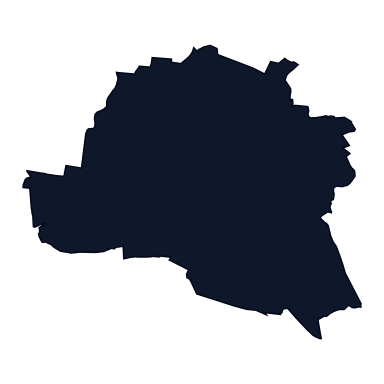 Bacia, Hunedoara, Romania (Equal Earth projection)
{"feature_id": "2599482B44278673032594", "entity_name": "Bacia", "entity_type": "district", "adm_level": 2, "iso_a3": "ROU", "parent_name": "Romania", "parent_adm1": "Hunedoara", "projection": "equal_earth", "projection_center": [23.024, 45.805], "detail": "fine", "context": "isolated", "style": "filled", "palette": "ink", "viewbox_px": 384, "rotation_deg": 0, "n_neighbors": 0, "source": "geoboundaries", "source_scale": "gbopen_adm2", "svg_char_len": 4377}
<svg xmlns="http://www.w3.org/2000/svg" viewBox="0 0 384 384"><path d="M321.2,338.6L318.0,320.4L318.4,319.4L324.5,316.0L326.3,316.5L329.5,313.9L330.4,313.1L331.7,312.6L333.8,311.4L338.2,309.7L340.1,309.5L344.4,309.4L348.1,305.6L349.8,305.8L351.9,307.4L354.3,307.8L357.4,307.2L358.8,306.9L360.9,307.1L360.8,305.1L361.0,303.6L347.3,277.1L345.3,273.4L342.8,264.8L340.2,257.2L336.3,246.4L335.5,245.4L332.6,240.9L332.4,240.3L331.8,238.7L331.5,237.9L331.0,236.7L330.5,235.5L330.2,234.0L329.7,232.1L329.2,230.0L328.9,228.6L328.4,226.6L328.4,226.0L326.6,223.6L325.2,222.7L324.1,221.9L323.6,221.7L323.2,220.8L321.6,219.7L321.3,219.1L319.9,216.9L321.1,216.4L321.7,215.8L323.0,214.9L325.7,213.1L326.6,212.5L327.9,211.8L331.4,212.8L331.4,211.5L330.9,210.7L330.3,208.5L330.0,207.6L330.2,205.2L330.8,204.5L331.2,203.7L330.8,202.2L330.7,200.9L331.8,200.0L333.3,199.6L333.7,196.9L334.1,194.5L334.2,194.2L333.9,193.5L333.7,192.1L333.4,191.1L333.5,188.8L333.4,188.3L334.3,187.5L335.3,186.7L336.1,186.3L337.4,186.2L338.8,186.2L340.3,186.6L343.1,186.5L344.5,185.9L347.0,185.4L348.5,184.5L350.3,182.8L353.3,178.7L355.0,176.1L354.7,171.6L354.3,170.4L353.3,169.5L352.9,168.9L352.0,168.4L351.5,167.6L350.8,166.6L350.0,165.4L346.1,156.5L350.0,153.6L342.9,148.0L349.3,145.5L342.0,134.8L348.9,131.9L354.2,131.2L355.3,129.2L353.9,127.0L353.0,125.5L351.9,123.7L350.9,122.2L351.4,121.8L349.7,120.5L344.4,117.4L335.8,118.0L334.9,117.9L334.1,116.6L331.4,116.1L330.0,116.3L329.5,116.2L329.1,116.2L327.9,117.8L326.7,115.8L323.7,116.2L323.4,116.5L315.9,117.7L309.9,117.9L309.4,117.2L308.7,116.3L308.3,115.7L308.0,114.3L308.1,113.4L308.3,111.9L308.7,110.9L308.4,109.0L307.8,106.6L295.0,105.4L291.8,106.0L292.5,105.0L292.8,104.2L292.9,103.4L292.8,102.5L292.7,101.2L292.6,100.0L292.5,99.5L289.8,99.4L289.9,98.6L290.1,97.6L290.0,96.4L290.1,94.7L290.4,93.6L290.6,92.7L290.7,91.6L290.7,90.5L290.6,89.0L289.8,87.3L288.7,85.9L287.4,83.8L285.9,81.5L285.0,80.3L286.1,76.7L286.2,76.3L287.0,74.9L287.9,73.7L291.1,70.9L292.5,69.9L294.4,68.2L295.3,67.2L296.8,65.9L298.1,64.7L293.9,62.0L291.2,62.4L287.4,60.4L284.7,58.4L278.7,63.4L270.7,61.6L264.6,74.2L264.3,74.0L263.6,73.5L253.0,68.1L217.6,54.6L217.0,48.6L210.1,45.4L204.0,46.9L201.9,47.9L200.4,48.9L199.2,49.2L198.8,49.6L197.2,51.4L196.1,50.1L195.3,49.3L194.9,49.0L194.5,48.5L193.7,47.7L192.7,51.3L191.9,52.8L190.2,55.3L188.7,57.0L183.3,61.6L180.9,63.7L180.7,63.6L171.5,62.3L171.4,59.1L171.2,59.1L152.2,57.6L151.3,63.9L150.0,67.1L139.3,66.2L138.3,68.2L136.8,70.1L135.5,71.9L134.6,74.1L116.9,72.5L116.5,72.4L116.9,74.5L117.7,76.6L118.0,78.3L117.8,80.2L117.0,82.6L116.6,84.9L116.5,85.0L115.3,87.3L115.4,87.5L114.5,89.0L113.3,90.1L107.7,98.2L106.7,101.7L106.7,101.9L106.7,103.2L106.8,105.7L106.7,106.5L106.1,107.1L103.5,109.4L100.1,111.0L97.8,111.9L97.3,112.1L97.2,112.2L95.3,114.2L95.2,114.3L94.6,117.5L94.5,118.7L94.8,121.0L95.1,122.9L95.0,124.7L95.0,125.3L94.6,127.3L93.1,128.5L88.6,128.9L87.4,129.8L85.8,133.7L81.5,168.1L66.0,165.6L65.4,168.6L64.0,176.2L63.8,176.4L63.5,176.3L56.1,175.7L51.3,174.9L46.6,174.3L45.4,173.7L42.6,173.2L42.6,173.4L27.0,170.7L27.0,171.4L31.0,176.8L28.6,177.7L26.7,178.2L25.3,179.5L23.2,185.1L23.0,187.5L29.8,188.2L31.4,208.6L31.6,208.6L31.7,209.2L32.0,212.5L33.3,218.6L33.2,219.0L33.0,218.9L33.4,226.6L34.3,227.1L35.6,226.9L38.5,225.4L40.3,224.4L44.5,223.6L43.3,225.4L41.8,225.7L39.1,227.8L39.6,229.7L39.7,230.2L39.5,232.9L38.6,233.6L39.3,236.8L40.9,240.1L42.3,242.4L45.9,241.9L46.4,242.4L51.1,244.6L54.4,247.5L60.7,251.3L61.0,251.3L69.4,252.6L69.9,253.0L71.0,253.0L76.7,252.5L78.9,252.1L85.2,252.2L88.6,252.3L92.9,252.4L96.1,252.4L99.3,252.1L99.3,251.8L102.0,251.7L103.1,251.6L104.4,251.2L107.1,250.0L109.4,249.4L109.9,248.4L112.6,248.5L114.4,248.8L115.5,247.6L116.6,247.1L119.3,246.9L121.3,246.4L123.2,246.7L123.8,258.8L130.7,257.2L133.3,257.0L136.0,256.7L137.1,257.0L147.5,257.0L148.7,256.9L148.8,256.6L151.4,256.7L151.6,256.7L151.7,256.3L159.6,256.9L159.7,256.0L171.0,257.2L170.3,258.3L169.3,260.0L182.6,266.7L186.2,268.6L188.7,269.5L186.6,274.2L187.0,277.7L189.7,279.1L190.0,280.0L190.7,280.9L196.7,293.9L233.8,305.8L246.6,309.3L255.9,310.2L266.4,314.8L264.9,312.6L274.1,313.7L280.1,314.4L279.8,313.7L280.9,313.7L282.0,312.4L282.2,311.1L282.6,309.7L284.5,308.6L286.6,308.5L287.3,307.9L295.4,317.2L307.0,329.6L310.6,332.9L313.2,335.4L315.4,336.7L317.5,337.6L319.4,338.5L321.2,338.6Z" fill="#0f172a" stroke="#020617" stroke-width="1.5"/></svg>